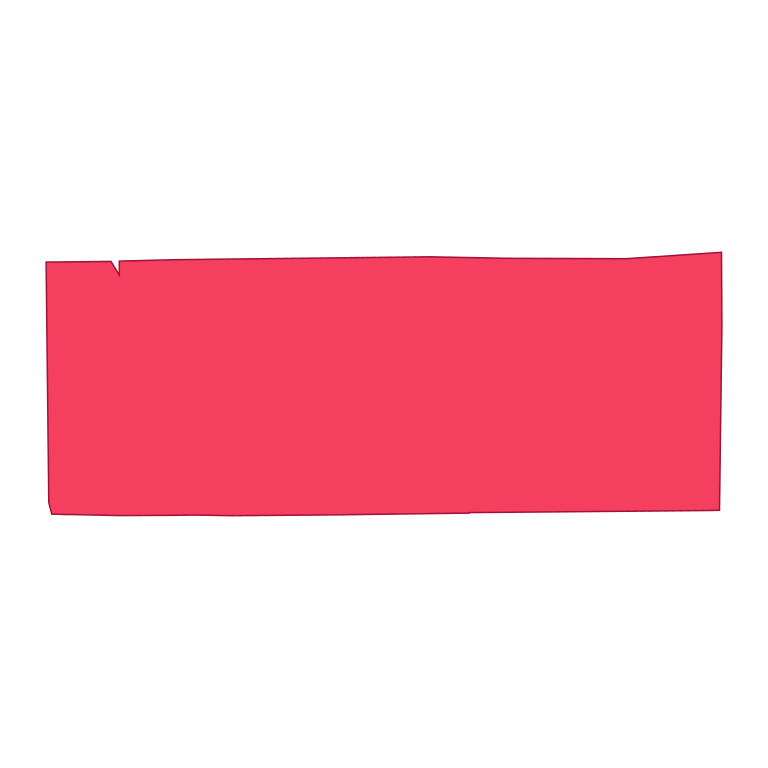 Geneva, Alabama, United States of America
{"feature_id": "52423323B5863423777851", "entity_name": "Geneva", "entity_type": "district", "adm_level": 2, "iso_a3": "USA", "parent_name": "United States of America", "parent_adm1": "Alabama", "projection": "equal_earth", "projection_center": [-85.923, 31.096], "detail": "fine", "context": "isolated", "style": "filled", "palette": "rose", "viewbox_px": 768, "rotation_deg": 0, "n_neighbors": 0, "source": "geoboundaries", "source_scale": "gbopen_adm2", "svg_char_len": 472}
<svg xmlns="http://www.w3.org/2000/svg" viewBox="0 0 768 768"><path d="M46.1,262.1L48.8,502.7L51.8,514.2L58.4,514.2L63.2,514.5L69.2,514.6L75.0,514.6L118.9,515.6L176.9,515.3L180.5,515.2L197.1,515.1L231.9,515.7L332.3,514.9L469.4,513.1L469.7,512.6L632.4,511.2L709.8,510.5L710.2,510.5L719.5,510.3L721.9,326.7L721.5,252.3L626.1,258.7L507.2,258.3L429.8,256.8L174.9,259.7L119.3,261.1L119.3,275.0L111.0,261.4L46.1,262.1Z" fill="#f43f5e" stroke="#9f1239" stroke-width="1.5"/></svg>